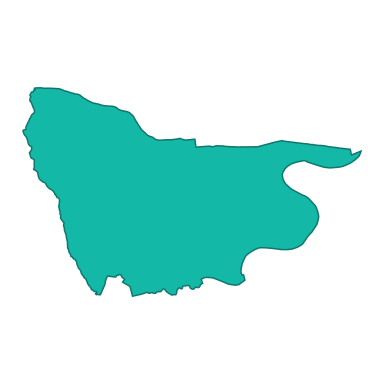 the district of Gardani, Maramures, Romania
{"feature_id": "2599482B85171086128342", "entity_name": "Gardani", "entity_type": "district", "adm_level": 2, "iso_a3": "ROU", "parent_name": "Romania", "parent_adm1": "Maramures", "projection": "robinson", "projection_center": [23.284, 47.559], "detail": "fine", "context": "isolated", "style": "filled", "palette": "teal", "viewbox_px": 384, "rotation_deg": 0, "n_neighbors": 0, "source": "geoboundaries", "source_scale": "gbopen_adm2", "svg_char_len": 5836}
<svg xmlns="http://www.w3.org/2000/svg" viewBox="0 0 384 384"><path d="M244.9,280.2L243.6,274.9L242.1,274.9L241.4,273.7L241.0,272.3L241.0,269.6L242.0,264.3L243.0,261.5L245.3,256.7L246.5,255.2L248.2,253.8L251.3,251.6L255.2,249.4L258.8,247.9L261.1,247.7L265.5,247.8L271.5,248.3L281.9,249.6L287.8,249.6L292.1,249.0L294.2,248.4L297.8,247.0L301.4,244.9L302.8,243.8L308.1,236.0L311.9,232.0L316.9,224.4L318.3,219.4L318.7,216.3L318.2,213.7L317.3,210.4L316.0,207.0L315.1,205.5L308.8,198.6L306.0,196.6L304.3,195.7L302.3,195.0L292.4,189.7L290.2,188.1L285.7,184.0L283.9,181.1L282.9,178.7L282.3,175.1L282.4,173.8L283.1,172.0L285.0,168.8L287.3,166.5L291.1,164.0L293.2,163.2L296.6,162.1L304.0,160.6L305.6,160.9L307.1,161.9L318.7,165.7L322.0,166.6L324.3,167.3L329.9,167.9L337.8,167.3L341.4,166.7L343.8,166.0L350.2,163.2L354.7,160.1L358.9,156.4L360.4,153.1L361.0,151.1L351.5,155.0L350.9,152.9L350.8,151.6L350.5,150.4L350.1,149.2L348.9,149.2L342.5,148.4L338.9,148.1L338.4,147.9L335.9,147.5L334.4,147.4L328.3,146.6L324.4,145.8L320.2,145.4L317.6,145.4L316.4,145.1L314.1,144.9L313.0,144.5L311.5,144.6L310.0,144.4L307.6,143.9L305.8,143.8L295.8,142.7L291.8,142.1L288.6,141.8L282.5,140.9L282.1,140.6L281.0,140.8L274.4,142.3L257.5,146.8L238.2,147.0L230.3,146.7L226.7,146.5L223.2,146.0L216.2,145.8L215.8,145.9L215.3,146.1L213.9,146.5L212.2,146.7L211.4,146.6L209.7,146.1L195.9,147.1L194.9,139.2L185.6,140.1L184.8,140.0L182.3,139.3L180.2,138.5L179.7,138.4L176.6,139.1L171.7,139.7L166.2,139.8L160.6,140.2L158.8,140.1L157.1,139.9L155.4,139.4L153.4,137.8L152.7,137.3L149.5,136.2L147.6,135.3L147.2,135.0L145.8,133.5L141.8,129.9L141.5,129.5L137.9,124.2L137.2,122.9L135.2,119.7L133.8,117.1L133.2,116.1L129.8,112.9L128.1,112.0L126.9,111.6L121.2,110.5L118.5,109.3L116.2,107.5L114.8,106.8L114.4,106.8L112.8,106.3L111.8,106.2L108.1,106.1L107.8,106.1L107.1,105.9L104.6,105.7L101.8,105.2L100.0,104.7L98.3,104.0L96.3,103.8L94.9,103.3L93.7,103.2L92.3,102.7L87.9,100.6L85.4,99.0L83.7,98.2L80.0,95.2L78.5,94.5L77.0,94.1L75.1,94.0L73.9,93.5L70.4,92.6L67.0,91.4L64.1,90.7L61.8,89.6L60.3,89.1L58.7,88.7L51.7,88.3L47.9,88.2L44.3,88.3L42.4,88.0L40.7,87.8L36.4,87.9L34.7,88.1L34.5,88.3L34.3,88.9L34.5,89.3L35.1,89.6L35.1,89.9L34.9,90.0L34.3,90.0L34.0,90.2L33.7,90.6L33.3,91.8L32.1,91.8L31.4,92.3L31.1,92.8L30.0,94.9L30.0,95.3L30.1,95.7L30.8,96.3L30.8,96.7L30.3,97.7L30.1,98.8L29.8,99.8L30.2,101.4L30.4,101.7L30.9,101.9L31.2,102.2L33.1,107.3L34.1,109.2L34.5,110.9L34.5,111.7L34.3,112.3L34.0,112.8L32.3,114.3L31.5,115.2L30.7,117.2L29.6,118.8L29.3,119.8L28.7,121.3L27.9,122.6L25.9,127.1L25.9,127.5L26.1,128.3L26.0,129.0L25.9,129.4L25.6,129.5L24.6,129.6L24.1,129.8L23.3,130.3L23.0,130.8L23.3,132.1L23.7,133.3L24.3,134.5L24.8,135.2L26.2,136.8L26.7,138.0L27.2,139.0L27.4,140.1L28.1,142.2L28.2,143.4L28.4,144.0L29.6,145.6L31.2,146.6L31.6,147.3L31.7,148.9L31.4,150.0L30.6,151.2L29.5,152.6L29.4,153.0L29.9,154.0L30.1,154.9L30.4,155.7L30.5,156.6L31.0,157.7L31.7,158.4L33.2,158.9L33.6,159.2L33.8,159.5L34.3,160.7L34.4,161.3L34.1,164.4L34.3,165.9L34.3,167.6L33.6,169.1L33.7,169.5L34.0,169.8L34.4,169.8L35.6,170.4L37.3,172.0L37.6,172.4L38.4,176.5L39.0,178.1L39.1,178.5L39.8,179.5L42.5,181.7L43.5,182.2L44.3,182.4L45.1,182.9L45.6,183.4L45.9,184.0L46.6,185.6L47.5,186.8L48.6,187.9L50.0,189.0L51.3,189.6L52.9,190.8L54.2,192.5L55.0,193.9L54.8,194.1L55.3,194.9L56.0,195.3L56.3,195.7L56.6,196.8L57.1,197.5L58.8,198.2L59.3,199.0L59.5,200.1L59.5,200.9L59.3,203.6L58.8,205.7L58.9,207.0L59.1,208.1L59.5,209.0L59.3,210.1L60.2,211.6L60.0,213.2L60.0,214.1L60.3,214.6L60.8,215.3L60.8,215.6L60.5,217.5L60.6,218.2L60.9,218.9L61.5,219.5L61.6,219.8L63.1,221.8L64.0,222.9L64.0,223.4L63.5,225.0L63.8,226.0L63.8,226.7L64.3,227.6L64.4,230.0L64.7,230.8L64.8,231.3L65.1,231.6L65.2,232.6L65.6,233.2L65.7,233.9L66.2,235.1L66.1,235.7L66.4,236.9L66.5,237.9L66.7,238.7L67.0,239.3L67.0,240.4L67.6,242.6L67.6,242.9L67.4,243.9L67.7,246.4L67.5,247.0L67.7,248.2L68.5,249.8L68.9,250.3L68.9,251.5L69.1,252.3L69.4,252.9L70.6,254.4L70.7,255.9L71.0,256.5L72.0,256.8L72.3,257.0L73.3,258.6L73.9,259.0L74.8,259.2L75.2,259.6L75.6,260.4L76.6,261.8L76.8,262.2L76.8,263.4L77.1,264.7L78.0,266.7L78.4,268.1L79.2,268.7L80.6,270.8L81.1,271.9L81.1,272.9L83.0,275.9L83.8,276.7L84.0,277.6L86.0,279.2L86.4,280.2L86.5,280.8L87.1,281.6L87.6,283.5L88.8,285.4L90.6,287.4L91.3,289.2L91.6,289.7L92.7,289.9L93.1,290.3L93.1,290.6L93.8,290.8L94.0,291.2L94.3,291.5L95.3,291.7L96.2,291.5L96.6,291.9L96.5,292.3L96.7,292.7L96.7,293.0L96.4,293.3L96.3,293.6L95.6,293.7L95.8,294.2L96.4,294.7L97.1,294.3L98.5,294.6L99.8,294.8L100.4,294.7L104.8,284.7L105.6,280.7L106.7,277.5L107.8,275.9L108.1,276.1L110.1,276.4L114.9,277.0L115.6,277.0L115.9,276.9L116.2,276.1L116.6,275.6L118.3,275.1L119.2,274.5L119.6,274.5L120.1,274.9L121.3,275.4L121.7,276.2L121.8,276.9L122.1,277.4L123.8,278.4L124.5,279.4L122.6,282.2L130.0,286.4L132.5,296.2L138.6,294.8L139.0,294.8L142.4,293.9L147.1,292.3L147.6,292.4L148.5,293.1L149.3,293.3L152.1,292.5L153.4,293.2L155.2,293.3L155.6,293.2L156.6,292.3L158.4,291.4L158.9,291.4L159.6,291.8L160.4,291.7L161.3,291.1L162.2,289.9L163.0,289.1L163.7,288.9L164.2,289.0L164.7,289.4L165.2,289.9L165.6,290.6L166.4,291.6L168.5,293.2L170.1,294.1L170.8,294.4L171.8,295.1L172.4,295.0L173.8,294.6L175.8,294.7L176.3,293.6L176.7,292.6L176.8,291.8L176.7,291.0L176.8,290.5L177.3,289.9L178.5,288.2L179.0,288.0L179.6,287.9L180.0,288.0L181.0,288.8L181.8,288.8L182.5,288.0L182.5,287.1L182.7,286.5L183.0,286.2L183.9,286.0L186.0,285.8L187.5,285.4L188.1,285.5L189.1,285.8L189.7,286.3L190.1,287.9L190.6,288.3L191.8,289.0L192.4,289.2L193.1,289.2L193.8,289.0L194.4,288.5L195.4,287.3L195.8,287.1L197.2,287.5L197.8,287.6L198.8,287.4L199.4,287.0L200.6,284.8L201.6,283.7L202.6,283.4L201.2,279.3L202.0,278.8L203.6,278.0L205.7,277.4L209.0,277.5L211.9,277.7L213.3,278.0L220.5,280.8L228.6,284.2L235.3,285.2L238.8,284.6L244.9,280.2Z" fill="#14b8a6" stroke="#0f766e" stroke-width="1.5"/></svg>